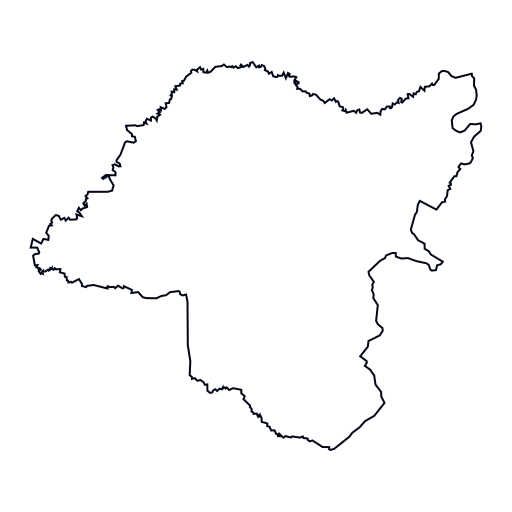 outline of Ratsada, Trang, Thailand
{"feature_id": "78962969B5329491691086", "entity_name": "Ratsada", "entity_type": "district", "adm_level": 2, "iso_a3": "THA", "parent_name": "Thailand", "parent_adm1": "Trang", "projection": "orthographic", "projection_center": [99.655, 7.929], "detail": "fine", "context": "isolated", "style": "outline", "palette": "ink", "viewbox_px": 512, "rotation_deg": 0, "n_neighbors": 0, "source": "geoboundaries", "source_scale": "gbopen_adm2", "svg_char_len": 5914}
<svg xmlns="http://www.w3.org/2000/svg" viewBox="0 0 512 512"><path d="M34.9,265.4L37.5,265.1L36.4,267.3L37.9,267.7L38.7,269.6L39.7,268.3L40.7,269.5L38.8,271.3L40.6,273.8L41.2,273.2L42.8,273.8L42.1,271.5L43.2,270.6L43.3,271.4L45.2,271.5L48.1,269.6L48.6,270.6L49.8,270.2L50.3,268.1L51.1,268.8L51.9,267.9L51.9,269.0L53.7,269.7L54.7,268.2L55.8,269.3L60.4,269.1L59.9,272.4L64.5,273.5L64.9,276.8L66.6,277.0L66.8,280.3L68.1,280.7L68.4,282.5L71.1,281.8L71.9,282.7L78.9,279.1L81.9,283.8L81.9,286.0L86.2,287.1L86.9,285.9L93.7,285.0L107.4,288.5L107.2,286.6L108.3,286.1L109.2,287.2L113.7,286.8L115.2,288.2L118.0,285.7L122.7,288.5L123.9,287.7L123.9,286.2L131.9,289.9L131.4,293.0L138.1,292.1L142.9,297.3L146.3,298.1L156.3,298.3L161.4,296.0L166.1,295.2L170.0,292.2L178.2,291.1L179.6,291.5L180.2,294.3L182.9,295.4L186.0,294.5L187.5,301.6L187.8,345.0L190.3,361.1L189.7,375.3L191.8,376.7L192.0,378.9L194.7,378.1L197.4,380.8L200.5,380.0L203.5,382.2L204.9,384.8L207.3,384.4L207.4,390.6L209.8,392.8L212.2,392.5L213.1,390.6L215.3,389.2L217.2,391.0L219.5,388.7L222.0,389.3L223.1,387.0L223.6,388.1L224.8,387.4L225.6,388.5L226.8,387.5L229.1,390.0L233.2,388.2L241.3,389.8L241.3,393.3L244.7,396.2L243.5,399.2L250.1,405.6L249.9,407.1L251.7,408.9L251.5,411.5L253.3,412.5L253.6,413.9L256.7,413.6L257.7,415.9L259.4,414.7L259.0,416.7L260.5,415.8L261.5,417.8L261.7,421.9L267.3,423.4L267.2,426.1L269.5,426.7L271.2,430.5L274.5,430.3L276.2,433.9L277.7,434.2L277.9,436.1L279.9,436.2L279.7,434.2L283.4,437.7L285.4,436.1L291.0,437.5L292.1,436.4L300.1,437.6L302.8,436.5L303.5,438.1L307.4,438.4L307.8,439.9L309.8,441.3L312.5,440.5L322.5,447.0L329.2,447.1L329.2,449.4L330.4,449.9L334.1,448.9L349.5,436.6L352.3,432.8L359.8,427.1L365.1,421.1L374.3,415.8L384.5,402.9L381.3,396.6L381.1,391.9L375.5,384.6L374.2,375.5L370.2,369.7L364.9,365.9L366.8,362.6L366.6,361.1L360.2,356.3L367.8,346.7L368.5,341.0L379.9,335.3L382.7,330.8L382.5,328.1L378.1,324.5L376.1,321.0L377.8,305.1L373.3,298.1L373.7,294.2L371.9,290.2L372.8,287.2L372.2,285.0L373.8,281.8L369.3,275.4L368.5,271.8L380.2,260.7L385.0,258.1L386.1,255.4L392.3,253.0L395.7,253.0L395.9,256.6L401.3,258.5L408.1,258.1L416.3,261.1L426.5,263.3L428.7,264.9L430.5,269.8L431.9,270.6L436.0,270.1L437.1,265.3L440.8,264.3L442.8,261.7L430.9,254.5L428.8,251.2L424.7,248.8L424.5,243.6L418.2,240.3L413.7,233.9L412.2,233.1L410.8,229.6L415.0,214.7L416.8,212.2L417.9,204.5L419.9,200.9L436.4,209.6L442.0,202.3L445.2,201.6L444.9,199.3L447.0,196.1L447.7,190.2L450.3,188.9L448.7,185.8L450.9,184.8L450.8,183.3L449.7,182.7L454.3,176.3L456.4,176.2L457.5,172.2L460.3,169.0L458.5,167.3L459.0,166.0L461.2,163.4L464.5,164.4L469.2,163.5L470.8,162.3L472.9,158.1L471.8,155.5L473.4,151.2L471.0,142.3L474.1,136.6L480.7,130.9L481.3,126.5L480.5,123.3L475.9,124.3L470.2,124.0L464.6,130.6L460.1,132.4L456.1,130.8L452.6,128.1L451.8,120.3L453.4,116.5L456.6,113.9L468.5,108.6L473.7,104.7L476.0,99.7L476.7,95.9L476.1,89.8L474.0,85.7L474.2,78.5L472.0,76.0L471.7,73.7L455.6,77.8L451.5,76.1L448.0,72.0L444.2,70.9L441.7,71.2L438.9,73.5L438.7,78.9L434.3,84.9L432.9,85.0L432.0,83.6L429.5,86.3L424.9,86.8L424.4,90.7L420.4,86.9L419.0,91.2L416.9,91.9L415.7,94.2L413.7,93.4L413.1,96.8L409.3,93.9L407.7,94.1L408.5,98.3L405.9,98.5L402.1,102.6L401.2,102.0L401.7,98.8L399.9,97.9L398.0,100.0L398.6,102.9L397.0,102.4L394.5,104.6L392.7,103.5L391.9,107.4L390.8,108.3L390.0,108.1L389.8,106.5L386.8,106.6L384.8,109.4L382.2,108.9L380.6,111.3L380.3,114.7L377.2,112.8L371.3,113.8L367.2,109.3L361.8,112.9L360.0,112.5L359.3,109.5L357.2,110.3L356.2,112.8L353.7,110.8L346.7,112.7L345.7,109.9L345.0,111.2L342.4,110.4L343.3,108.5L342.7,107.0L339.7,106.4L338.2,101.7L337.0,101.0L335.9,101.8L334.0,98.3L331.8,100.5L329.6,99.2L324.8,103.0L323.2,100.7L320.4,99.6L316.0,94.7L313.1,94.0L312.0,95.4L309.9,96.1L309.4,93.6L306.6,92.7L305.6,91.3L302.6,91.4L300.1,88.8L297.2,88.8L297.6,87.3L295.9,85.0L298.7,83.1L298.7,82.3L296.1,80.9L295.2,83.7L294.3,82.9L294.3,80.3L296.3,77.2L294.0,76.4L289.9,76.8L289.0,76.0L289.7,74.1L288.0,73.0L285.9,78.2L283.7,72.6L282.1,75.7L279.4,75.9L278.0,75.1L277.5,76.7L276.1,77.1L273.2,76.2L271.7,72.0L268.9,73.7L267.9,71.4L264.9,70.2L265.3,68.6L264.0,66.0L261.7,65.1L260.7,66.9L259.1,67.3L258.9,65.7L256.3,67.3L252.6,62.1L250.0,63.1L250.0,65.1L248.9,66.6L247.5,64.9L243.4,66.9L241.0,64.6L240.4,65.6L241.6,67.0L237.9,68.1L235.7,66.2L233.5,67.6L232.2,66.2L231.3,67.1L229.5,66.5L227.0,67.2L223.9,64.5L221.7,66.1L215.3,66.8L210.7,71.7L208.1,72.8L207.3,70.5L206.0,72.7L203.4,72.2L203.3,68.9L201.2,69.6L200.0,67.2L196.9,69.8L197.2,71.4L195.0,69.9L192.3,69.6L190.9,71.1L191.3,72.8L186.3,76.5L183.8,80.8L182.2,81.1L182.7,83.3L180.2,83.6L180.0,85.6L175.3,86.2L176.7,89.7L174.2,89.3L174.2,92.2L171.7,91.6L171.8,93.6L170.7,95.4L172.0,95.7L171.2,98.9L169.9,99.4L169.0,103.0L165.7,103.2L166.5,107.1L164.7,108.9L160.7,107.2L161.1,110.5L160.0,110.8L159.1,109.3L157.7,110.0L159.8,112.4L157.5,113.6L159.9,114.8L157.2,116.8L156.7,120.4L155.6,118.5L152.6,116.6L151.0,117.5L150.9,120.6L147.0,118.8L145.5,121.3L146.5,123.6L144.0,122.5L143.6,125.1L137.3,126.1L135.0,125.3L126.0,125.8L127.1,130.1L131.9,134.1L132.0,136.3L134.8,136.8L135.9,141.1L133.7,142.7L126.9,141.3L125.1,142.3L120.5,154.6L116.4,160.5L116.7,162.0L119.7,163.6L120.4,166.3L118.7,166.4L114.7,164.3L112.5,165.2L113.4,167.3L112.7,170.1L115.5,172.2L115.5,175.3L106.0,175.0L102.1,177.8L103.1,178.9L108.0,176.0L109.2,176.3L109.6,178.7L113.6,185.4L112.1,190.6L107.8,191.8L88.2,191.8L87.5,194.5L85.5,196.1L87.4,198.3L85.9,199.0L85.9,200.8L83.3,203.4L84.7,205.8L86.6,203.8L87.1,207.0L82.7,208.5L80.8,210.2L78.9,207.8L77.2,211.3L79.2,212.5L81.8,216.2L76.5,214.5L77.2,218.2L76.3,219.4L70.1,219.7L68.6,217.7L65.7,220.6L64.4,217.9L60.8,219.7L58.7,215.8L55.7,215.1L51.9,218.8L51.3,220.8L52.1,222.5L50.4,224.0L51.7,225.4L49.0,225.8L46.2,232.8L48.7,235.8L48.4,239.9L43.5,238.9L41.1,243.5L32.8,238.9L30.7,247.6L37.2,247.6L39.3,252.5L38.7,253.6L34.8,254.2L33.1,255.7L34.9,265.4Z" fill="none" stroke="#020617" stroke-width="2"/></svg>